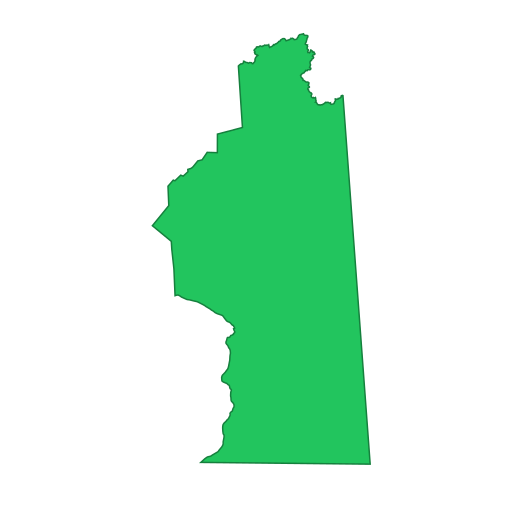 outline of Cushamen, Chubut, Argentina, rotated 85°
{"feature_id": "61730980B86195124517763", "entity_name": "Cushamen", "entity_type": "district", "adm_level": 2, "iso_a3": "ARG", "parent_name": "Argentina", "parent_adm1": "Chubut", "projection": "orthographic", "projection_center": [-71.733, -42.473], "detail": "fine", "context": "isolated", "style": "filled", "palette": "green", "viewbox_px": 512, "rotation_deg": 85, "n_neighbors": 0, "source": "geoboundaries", "source_scale": "gbopen_adm2", "svg_char_len": 5882}
<svg xmlns="http://www.w3.org/2000/svg" viewBox="0 0 512 512"><g transform="rotate(85 256 256)"><path d="M103.8,155.4L103.5,156.0L103.8,157.0L104.2,157.4L104.3,157.4L104.8,157.1L105.6,157.8L105.8,158.1L105.8,158.6L106.2,159.3L106.2,160.4L106.7,160.4L106.9,160.7L106.9,162.1L106.5,162.7L106.4,163.3L106.6,163.3L106.7,163.0L106.9,163.4L107.2,163.4L108.3,163.3L109.0,164.0L110.1,164.7L110.8,164.8L111.1,165.3L111.4,166.4L111.3,167.3L111.5,167.8L111.5,168.0L110.7,168.5L110.5,168.8L109.9,168.6L110.1,169.3L109.9,169.7L109.2,170.7L109.1,171.2L109.2,171.7L109.4,172.1L108.9,172.9L109.0,173.4L109.4,173.6L109.5,174.1L110.1,174.8L110.2,175.1L110.7,175.9L110.7,176.4L111.1,176.8L111.1,177.2L111.0,177.6L110.9,178.0L111.3,178.7L111.2,179.3L110.9,179.7L111.0,180.2L110.7,180.6L110.4,181.5L109.0,182.1L108.3,182.5L108.0,182.7L107.9,183.1L107.7,182.8L107.4,182.7L106.8,182.9L106.3,182.6L105.5,182.9L103.9,182.8L103.3,183.0L103.6,183.4L103.5,183.8L103.7,184.4L103.6,184.7L103.2,184.9L103.4,185.2L103.4,185.7L102.9,186.3L102.7,186.7L102.6,186.8L101.2,187.2L100.2,186.5L99.7,186.3L99.1,186.3L98.3,186.8L98.2,187.5L97.5,188.0L97.0,188.6L96.1,189.0L95.0,189.2L94.8,189.7L94.2,189.9L93.7,189.8L93.1,189.4L93.0,188.8L92.5,188.1L92.0,188.1L90.5,189.2L89.9,188.9L89.6,188.5L89.0,188.5L88.6,188.2L88.0,188.2L87.8,188.6L87.3,189.0L87.1,190.0L87.2,190.3L87.1,190.9L85.1,193.2L85.1,193.8L84.7,193.7L83.5,194.0L83.1,194.2L82.9,194.5L82.0,195.3L81.5,195.6L80.6,195.6L80.0,195.9L79.7,195.7L79.6,195.3L78.2,194.0L78.0,193.1L77.7,192.6L77.6,192.0L76.8,191.6L76.5,191.0L76.3,190.8L75.6,190.5L75.4,190.3L75.5,190.0L75.9,189.1L75.8,188.8L75.1,188.4L75.0,188.0L75.0,187.2L75.2,186.7L75.1,185.7L74.9,185.4L73.8,185.0L73.4,185.7L73.0,186.2L72.7,186.2L72.5,185.9L72.3,185.7L71.8,185.7L70.5,185.0L70.1,185.0L69.4,185.3L68.8,185.3L68.3,185.4L67.5,185.2L67.2,185.2L66.2,184.5L66.2,184.0L65.7,183.5L64.5,182.9L64.3,182.1L63.7,181.5L63.4,181.3L62.8,181.4L62.5,181.6L61.9,182.4L61.1,182.0L60.7,181.5L60.6,180.7L60.4,180.5L60.0,179.7L59.5,179.7L58.7,180.2L57.8,180.5L57.7,180.6L58.2,181.0L58.2,181.3L57.7,181.9L57.5,182.1L56.7,182.1L56.2,182.7L55.8,183.0L55.6,183.6L58.0,184.6L58.3,185.0L57.8,185.8L57.8,186.6L57.0,186.7L56.4,186.5L55.7,186.0L55.4,185.9L55.0,186.0L54.2,187.0L52.5,186.8L51.7,186.3L51.3,186.4L50.5,186.8L50.2,186.5L49.8,187.6L49.3,188.4L48.9,188.4L48.1,188.1L47.4,187.6L47.1,187.2L46.5,187.2L44.6,186.4L43.4,186.2L43.1,185.7L42.5,185.4L41.4,185.1L41.1,185.3L40.7,185.9L40.7,186.3L40.6,186.6L40.6,187.0L40.5,187.3L40.5,187.5L40.4,188.1L40.1,188.7L39.7,189.0L38.7,189.3L38.7,189.7L39.1,190.3L39.1,190.7L39.0,191.2L39.2,191.9L39.2,192.6L39.3,193.2L40.1,194.2L40.6,194.6L41.5,194.9L41.9,195.4L42.8,196.1L43.2,196.2L43.6,196.7L43.8,197.9L43.6,198.8L43.8,199.1L42.6,200.1L42.5,200.4L42.2,200.9L42.5,201.9L42.3,202.2L42.6,202.3L43.4,203.8L43.3,204.1L43.7,204.8L43.8,205.8L44.1,206.5L44.2,207.3L43.0,207.8L42.0,208.6L41.9,208.8L41.8,209.7L41.8,209.8L41.8,210.3L42.1,211.0L42.8,212.2L42.9,212.6L44.0,213.3L44.2,214.1L44.2,214.5L44.4,214.8L44.8,215.0L45.3,215.6L45.6,216.2L46.3,217.0L46.4,218.0L47.2,219.4L47.5,219.7L47.1,220.2L47.6,220.4L47.9,220.9L48.4,221.4L48.9,222.8L49.1,223.8L49.4,224.3L48.7,224.5L48.4,224.8L47.5,224.7L46.7,224.9L46.9,225.1L47.0,225.6L46.8,226.8L47.1,227.5L47.0,228.1L46.7,228.5L46.6,228.9L46.9,229.5L47.4,230.1L47.3,230.8L47.9,231.7L47.1,233.4L47.3,234.2L48.0,235.1L47.7,236.4L47.8,237.2L48.1,237.5L48.5,237.5L49.1,238.0L49.8,239.1L50.8,240.0L51.4,239.9L52.0,239.4L52.4,239.2L52.9,239.3L53.2,239.7L53.9,239.3L54.4,239.5L55.4,238.3L55.4,238.1L55.8,237.6L55.9,237.0L56.3,236.6L56.6,237.0L56.8,237.6L57.0,237.7L57.1,238.0L59.0,239.5L59.6,239.6L60.0,239.9L61.1,239.8L61.6,240.2L62.1,240.2L62.9,240.9L63.3,241.5L64.0,241.9L64.1,242.2L64.1,243.0L63.1,243.5L63.0,243.9L62.9,244.6L62.8,245.0L62.7,245.6L63.3,246.7L62.6,247.7L62.1,249.6L61.4,250.2L61.1,250.6L60.9,251.4L61.7,251.5L63.1,252.3L63.3,253.1L63.3,253.6L63.4,254.0L63.3,254.4L63.6,254.7L63.8,255.2L64.5,256.2L65.2,257.0L126.8,258.3L131.2,283.8L149.7,285.5L148.5,295.6L155.5,301.3L156.2,305.7L161.5,310.8L162.5,312.1L163.1,313.3L163.8,316.4L166.1,316.4L170.1,321.6L168.9,323.9L174.0,330.2L173.2,331.8L178.8,337.6L198.2,338.5L216.8,356.6L234.0,339.1L242.0,339.3L261.7,338.9L288.5,340.1L288.1,338.5L288.1,337.7L288.1,337.0L288.9,335.6L290.4,333.8L293.1,329.0L293.4,328.3L293.9,326.0L295.2,322.3L296.4,318.6L297.2,317.2L299.7,313.2L301.0,311.3L302.1,310.1L302.5,309.5L304.8,306.3L305.9,305.2L307.2,303.3L308.9,301.6L310.1,299.6L312.0,295.2L312.7,294.3L315.7,292.5L318.0,291.0L318.8,290.1L319.8,288.0L320.6,287.2L321.9,286.3L322.8,285.6L323.2,284.7L325.5,283.7L326.2,283.6L326.5,284.7L327.9,284.4L329.7,283.7L330.5,284.0L331.3,285.2L332.1,285.3L332.9,287.3L333.0,288.1L333.6,288.5L334.5,289.2L334.8,290.0L334.7,290.7L334.7,291.5L335.3,291.9L337.6,292.7L339.0,293.4L340.2,293.5L341.2,293.0L342.4,292.1L343.5,291.6L345.0,291.2L346.3,290.3L347.8,289.9L350.5,289.9L353.2,290.6L357.4,291.2L363.4,292.9L365.3,293.6L366.3,294.2L367.4,295.3L369.2,296.8L371.8,299.8L372.4,300.2L373.9,300.8L376.6,300.9L377.7,300.7L378.7,299.5L380.0,297.1L380.3,296.3L382.0,294.8L382.3,294.1L383.0,293.8L385.0,293.6L386.1,293.2L386.6,292.5L387.2,292.2L388.0,292.4L389.5,293.0L392.2,293.4L393.3,293.5L394.9,293.3L397.2,293.4L398.0,293.3L398.7,293.0L400.2,291.8L401.3,291.2L402.0,290.9L403.2,290.9L404.4,291.1L405.0,291.4L405.6,292.0L406.3,292.3L408.5,293.2L409.2,294.5L409.8,295.1L410.4,295.6L412.0,295.6L412.7,295.8L415.4,297.5L416.0,298.0L416.9,299.3L418.1,300.3L419.5,302.2L420.7,303.2L421.4,303.6L422.9,304.0L424.5,304.2L427.6,304.3L429.9,304.2L430.7,304.0L431.4,303.5L432.9,303.5L434.4,303.8L438.2,304.9L440.5,305.1L441.9,305.8L443.2,306.7L446.0,309.5L447.2,310.5L447.7,311.0L450.4,316.7L451.2,318.1L451.5,318.8L451.8,321.1L452.0,321.9L452.3,322.6L453.5,324.6L455.4,327.1L456.8,328.9L473.3,160.4L103.8,155.4Z" fill="#22c55e" stroke="#15803d" stroke-width="1.5"/></g></svg>